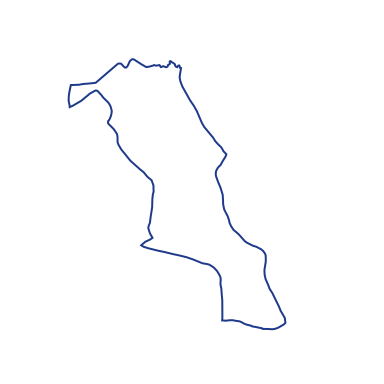 Santa Eulalia, Huehuetenango, Guatemala, rotated 229°
{"feature_id": "79465075B65740660783251", "entity_name": "Santa Eulalia", "entity_type": "district", "adm_level": 2, "iso_a3": "GTM", "parent_name": "Guatemala", "parent_adm1": "Huehuetenango", "projection": "orthographic", "projection_center": [-91.3, 15.75], "detail": "fine", "context": "isolated", "style": "outline", "palette": "blue", "viewbox_px": 384, "rotation_deg": 229, "n_neighbors": 0, "source": "geoboundaries", "source_scale": "gbopen_adm2", "svg_char_len": 3429}
<svg xmlns="http://www.w3.org/2000/svg" viewBox="0 0 384 384"><g transform="rotate(229 192 192)"><path d="M185.1,118.7L182.5,119.5L178.2,122.1L169.0,128.6L165.4,131.4L156.8,137.5L154.2,139.5L150.9,141.9L146.2,145.2L140.5,148.5L131.4,153.1L127.6,156.2L125.8,157.4L123.2,158.2L120.6,158.9L118.3,159.0L116.2,159.1L113.6,158.7L110.8,158.1L109.0,157.5L107.9,156.8L106.6,155.9L106.0,155.1L105.5,154.6L103.3,152.7L99.9,150.8L94.2,146.5L93.7,146.2L90.4,143.8L77.6,132.8L75.3,130.5L72.3,133.5L71.6,134.7L71.1,135.4L70.3,136.5L69.0,138.1L67.6,139.4L66.2,140.4L63.1,143.1L61.0,144.1L58.8,144.8L56.1,146.2L52.0,149.1L51.5,149.0L50.2,150.0L48.6,151.3L44.3,154.6L43.1,155.5L42.5,155.4L41.2,156.7L39.4,158.8L36.5,161.8L35.7,162.6L34.2,165.0L33.0,168.1L31.8,174.4L32.0,176.7L36.0,179.4L44.3,181.0L48.3,182.4L62.9,186.3L68.1,187.1L72.4,188.7L74.5,189.3L78.2,190.5L82.0,192.6L85.3,195.2L86.9,197.0L88.7,199.2L89.9,200.6L91.2,202.1L93.8,204.4L96.0,206.1L97.7,206.7L100.6,207.0L103.5,206.6L108.7,204.5L111.3,202.8L117.7,200.2L120.1,199.6L129.4,199.5L136.4,198.5L140.7,199.1L144.3,200.2L146.5,201.5L150.2,203.0L157.6,204.8L162.4,207.5L163.9,208.8L169.7,213.3L176.4,216.3L182.2,218.2L187.4,220.2L188.5,220.7L190.1,221.8L191.7,223.5L192.3,224.6L193.4,227.6L193.7,231.6L194.9,234.6L195.9,237.8L196.6,240.2L197.2,241.5L198.0,242.7L202.2,242.5L204.3,243.0L206.6,243.4L211.0,243.0L215.0,242.9L219.2,243.6L232.8,243.9L237.4,244.7L249.8,248.7L255.6,249.9L262.5,250.7L277.8,253.9L282.6,255.6L285.6,257.2L287.0,258.2L289.5,261.1L292.7,265.0L293.5,264.4L294.0,264.6L294.9,265.1L295.4,265.3L295.9,265.3L296.3,264.8L296.3,264.3L296.3,263.8L296.0,263.1L295.9,262.7L296.4,262.4L296.8,262.2L297.2,262.1L298.2,262.1L298.6,262.3L299.3,262.8L299.7,262.9L300.5,262.7L301.1,262.6L301.9,262.4L302.4,262.2L303.2,262.0L303.7,261.9L304.8,261.7L305.1,261.1L304.9,260.5L304.5,260.3L304.0,260.0L303.3,259.5L303.2,259.1L303.2,258.7L303.3,258.3L303.6,257.7L303.5,257.1L303.2,256.7L302.9,256.3L302.7,255.8L302.9,254.7L303.3,254.2L303.9,253.9L305.1,253.2L305.9,252.7L306.2,252.2L306.2,251.7L306.3,251.1L306.6,250.5L307.2,250.4L307.8,250.5L308.3,250.7L309.1,250.7L309.5,250.2L310.1,249.0L310.6,248.3L311.1,247.6L311.6,247.3L312.2,246.9L312.7,246.7L312.8,246.2L312.9,245.8L313.2,244.9L313.5,244.5L313.9,243.5L314.9,241.6L316.3,239.4L320.2,238.1L321.9,237.5L330.0,235.2L330.7,234.7L331.2,234.3L331.5,233.7L331.6,231.6L331.4,230.6L329.5,226.5L329.3,225.6L329.1,224.5L329.2,223.9L329.6,223.4L330.3,222.9L331.0,222.8L335.1,222.7L335.8,222.3L336.5,221.6L337.0,221.0L337.4,220.1L337.6,191.0L340.1,187.3L345.0,180.6L347.0,177.2L352.2,170.7L347.0,163.9L344.7,161.4L341.7,158.7L338.5,156.9L338.1,156.7L336.3,155.4L335.8,157.2L335.3,158.7L334.8,161.4L333.5,168.2L333.4,173.0L333.3,175.8L333.3,179.3L332.1,185.1L331.8,185.9L331.2,186.5L330.2,187.0L324.7,187.2L322.4,187.0L320.6,187.0L319.4,187.1L317.5,187.3L314.5,187.5L312.7,187.3L310.4,186.8L308.1,185.8L305.8,184.6L304.1,182.8L302.4,180.4L301.0,177.6L300.7,176.6L300.5,175.2L300.0,174.6L299.5,174.2L299.1,173.9L298.0,173.7L290.8,174.2L285.2,173.5L282.8,172.2L278.4,168.5L275.8,167.5L270.4,166.5L263.0,166.3L256.1,166.0L244.4,167.5L243.4,167.6L238.6,168.5L232.8,168.3L227.4,169.2L225.0,168.3L222.4,167.3L219.7,165.1L217.4,163.2L215.8,160.8L212.3,157.1L206.8,152.1L200.8,145.0L200.3,144.4L196.4,140.1L194.7,136.8L193.4,135.3L188.3,133.1L183.3,132.1L183.6,129.3L185.1,124.0L185.1,118.7Z" fill="none" stroke="#1e3a8a" stroke-width="2"/></g></svg>